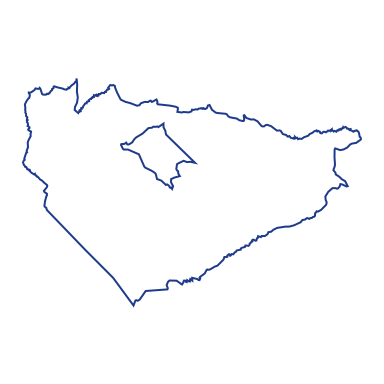 Chimbonila, Niassa, Mozambique
{"feature_id": "85939544B92418523619922", "entity_name": "Chimbonila", "entity_type": "district", "adm_level": 2, "iso_a3": "MOZ", "parent_name": "Mozambique", "parent_adm1": "Niassa", "projection": "orthographic", "projection_center": [35.277, -13.424], "detail": "fine", "context": "isolated", "style": "outline", "palette": "blue", "viewbox_px": 384, "rotation_deg": 0, "n_neighbors": 0, "source": "geoboundaries", "source_scale": "gbopen_adm2", "svg_char_len": 5904}
<svg xmlns="http://www.w3.org/2000/svg" viewBox="0 0 384 384"><path d="M209.5,105.0L207.9,105.5L207.0,108.0L205.4,109.0L203.9,108.8L203.8,108.3L203.2,108.0L202.3,108.8L201.1,108.1L200.3,108.5L198.7,108.6L197.6,109.5L195.7,109.3L193.7,109.9L192.0,109.7L191.5,111.4L188.7,112.4L183.5,112.0L181.9,112.5L177.4,111.9L177.9,108.9L177.8,107.7L175.5,106.7L169.9,105.6L157.8,104.3L157.2,103.6L157.5,101.9L156.5,99.5L152.3,101.8L151.7,101.9L150.8,100.7L150.2,100.7L148.0,102.0L144.6,101.9L140.8,103.3L139.5,105.2L137.0,105.7L130.5,103.2L125.3,101.8L121.1,99.8L120.4,99.1L117.2,92.8L115.1,87.6L114.9,86.0L113.2,85.0L112.0,85.5L110.3,85.0L108.2,87.7L109.1,88.8L108.1,89.5L107.2,89.5L106.3,90.7L106.1,91.9L104.8,91.9L104.2,93.1L101.6,92.8L100.3,94.1L98.9,94.0L98.5,95.4L97.0,94.6L96.3,94.6L95.9,95.0L96.4,95.8L94.0,95.2L94.0,96.9L92.7,96.9L92.5,97.8L91.7,97.8L91.2,98.9L90.6,98.7L88.8,100.1L89.1,101.2L87.0,101.7L86.6,103.3L85.3,103.3L83.1,106.4L82.9,107.6L81.2,108.1L81.5,109.3L80.3,109.8L80.6,111.0L79.4,110.8L79.5,111.9L78.4,112.4L78.2,113.0L74.7,110.0L75.0,106.9L77.0,102.9L77.8,97.3L76.9,91.7L77.2,84.8L76.6,78.5L76.0,82.0L75.2,82.0L74.1,83.6L71.7,85.3L69.6,87.5L68.7,87.5L69.1,88.3L67.0,89.0L66.5,89.7L64.1,89.3L62.5,88.5L57.5,87.4L54.2,86.3L53.6,86.6L53.5,88.2L52.0,89.1L52.0,90.2L50.4,91.5L50.0,92.6L49.1,93.1L48.6,93.9L47.9,94.1L47.1,93.7L45.9,94.7L43.0,94.6L42.1,94.0L40.3,88.6L39.6,87.9L39.2,88.7L37.9,88.9L35.5,88.4L34.4,90.1L31.0,92.4L30.1,92.7L28.8,92.5L28.8,93.2L29.7,94.5L29.8,95.7L29.2,98.0L28.4,98.4L26.4,101.3L24.9,104.4L25.4,108.5L25.1,109.4L25.5,111.5L25.3,112.5L26.0,113.8L26.2,116.4L27.1,116.9L27.3,117.5L26.9,119.6L27.5,120.0L26.9,120.4L27.2,121.0L26.9,122.0L27.8,123.1L28.1,125.9L27.8,126.1L29.3,127.1L29.5,127.6L29.4,128.3L28.5,128.9L28.2,129.7L28.7,130.4L31.0,131.5L31.1,132.0L30.5,134.0L30.7,136.1L28.3,140.7L27.7,142.7L28.0,147.2L26.6,151.0L27.1,152.3L26.1,153.0L24.3,158.6L24.7,159.8L24.0,160.2L23.0,162.3L23.9,165.0L24.6,165.5L25.2,166.9L26.3,167.0L27.2,169.1L27.7,168.9L28.5,169.9L29.6,169.7L30.0,170.3L29.7,171.0L31.5,172.8L34.0,174.3L34.9,173.8L35.0,174.8L35.6,175.5L36.5,175.5L37.0,176.7L38.2,177.2L40.0,179.4L42.3,180.8L44.0,182.6L46.9,184.9L47.3,185.7L46.8,187.3L43.9,190.9L44.5,192.1L46.9,193.7L46.9,195.5L46.5,195.9L45.1,200.9L44.4,205.9L44.7,206.6L46.3,207.9L46.8,209.9L85.7,250.3L113.1,277.8L133.5,305.5L135.4,300.5L136.4,300.2L137.6,300.8L139.6,299.7L145.7,291.0L167.4,289.4L167.8,288.2L166.7,285.3L166.9,284.4L168.1,281.7L169.6,280.5L176.6,280.7L182.0,284.5L183.5,282.3L183.5,281.4L184.1,280.5L185.3,280.7L185.8,281.7L186.7,282.1L187.2,280.1L188.9,281.4L190.0,281.4L189.8,280.4L190.3,279.0L192.3,280.6L192.2,277.8L197.4,279.1L198.5,280.0L199.5,280.1L200.2,278.6L199.6,277.9L200.1,277.5L200.1,276.9L204.8,273.4L206.7,269.8L207.3,269.5L208.0,269.8L209.9,269.5L215.0,266.5L217.4,265.7L223.5,259.6L224.4,257.0L226.5,257.1L227.4,256.7L227.3,255.6L228.9,254.2L229.6,254.4L230.0,255.7L230.5,255.7L231.7,254.1L233.3,254.3L234.5,252.6L236.0,251.7L236.6,250.5L240.8,249.6L240.9,248.5L241.8,247.8L244.9,247.0L245.4,245.5L248.6,245.8L249.5,244.9L249.7,243.5L250.6,243.0L251.0,242.2L252.4,241.5L252.0,240.7L252.5,239.8L253.7,239.7L255.5,240.7L256.4,240.5L256.9,238.4L257.9,237.8L258.1,236.2L260.9,237.1L261.7,236.0L264.8,236.1L267.1,234.5L268.0,233.4L268.3,232.2L271.2,231.7L273.3,229.8L277.1,227.9L285.6,226.6L289.2,226.6L293.8,225.4L300.7,222.2L302.4,220.0L304.9,219.6L307.2,218.0L309.3,218.9L310.3,218.1L311.9,217.9L313.0,216.9L314.3,216.7L315.0,215.8L315.1,213.2L316.0,212.5L316.6,211.3L318.0,211.6L321.2,209.8L326.0,204.9L326.5,203.8L326.6,202.0L325.7,200.0L325.3,196.6L328.2,191.9L331.0,189.4L332.5,188.1L335.6,188.1L337.1,188.7L337.7,188.6L339.6,186.7L340.4,184.1L342.1,184.4L346.6,186.5L347.7,186.2L345.1,181.1L341.9,179.3L339.1,176.6L335.8,174.5L335.5,172.8L333.4,170.1L334.7,166.4L335.0,164.4L334.5,157.4L334.6,149.6L335.2,148.4L340.1,150.1L343.4,149.5L347.0,147.7L350.4,144.3L352.0,143.6L356.1,142.9L360.5,139.8L361.0,139.0L360.5,137.3L359.7,136.9L359.0,133.0L358.3,131.5L357.4,131.2L356.9,130.4L355.9,130.4L355.0,131.0L354.3,130.9L353.5,131.7L350.7,130.2L350.6,129.0L350.0,129.1L349.5,129.9L348.0,128.6L347.1,128.6L347.0,128.1L345.5,126.9L343.7,127.8L343.2,127.1L342.6,128.4L341.5,128.5L341.4,129.5L341.1,129.7L340.3,129.1L339.3,129.3L339.4,129.9L338.4,130.6L337.6,130.2L336.8,130.7L336.4,131.7L334.5,130.9L333.7,131.5L332.3,130.2L331.5,130.7L331.7,129.3L329.6,130.8L328.1,130.6L327.6,131.4L326.3,131.7L325.9,132.3L324.0,131.7L322.9,132.1L321.9,133.3L321.2,133.4L319.9,132.6L319.9,131.7L318.2,130.9L317.2,131.5L316.6,130.4L314.1,131.4L312.6,132.7L309.6,134.1L308.2,135.7L303.9,137.3L301.7,138.9L299.6,138.6L298.1,139.2L297.1,137.7L296.0,137.9L295.4,137.3L295.6,138.3L294.4,138.7L294.3,138.0L293.9,137.7L292.9,138.4L290.9,137.9L289.3,136.0L288.2,136.6L287.5,136.5L286.2,135.0L282.9,134.1L280.8,131.0L279.7,130.4L276.9,130.6L271.0,126.1L267.1,124.8L265.7,125.1L264.0,126.4L262.4,126.4L261.5,126.0L257.5,121.3L253.9,119.4L250.8,119.5L247.0,118.2L246.2,117.8L244.4,115.2L243.7,115.5L244.2,118.9L244.0,120.6L243.1,121.1L239.2,120.2L237.0,118.6L230.0,117.3L228.3,116.4L226.9,114.4L225.8,113.8L217.3,113.0L215.5,112.5L212.0,109.8L209.5,105.0ZM158.4,127.1L163.5,123.6L163.5,127.2L165.3,130.7L166.0,134.5L195.0,162.8L190.4,161.8L187.0,162.1L183.6,160.8L177.3,163.9L176.9,164.8L176.3,169.1L177.3,170.7L178.1,171.2L178.3,173.6L179.8,176.1L174.3,177.6L171.1,179.1L171.0,182.2L173.1,186.2L172.1,188.9L171.3,187.6L170.7,187.9L169.7,187.4L169.5,186.3L167.6,184.6L167.0,184.4L166.0,185.0L161.3,180.6L157.0,179.0L155.8,174.1L154.8,172.8L151.5,170.7L145.2,167.6L144.2,166.4L138.9,154.3L127.9,149.5L123.7,149.5L122.9,148.8L121.0,144.9L121.3,144.1L124.4,143.9L126.2,142.6L127.3,144.4L128.5,144.5L129.8,143.9L132.3,142.3L134.2,139.3L136.2,137.4L142.7,133.5L148.4,128.1L152.0,127.7L153.1,126.8L153.9,126.6L154.8,126.9L157.7,126.5L158.4,127.1Z" fill="none" stroke="#1e3a8a" stroke-width="2"/></svg>